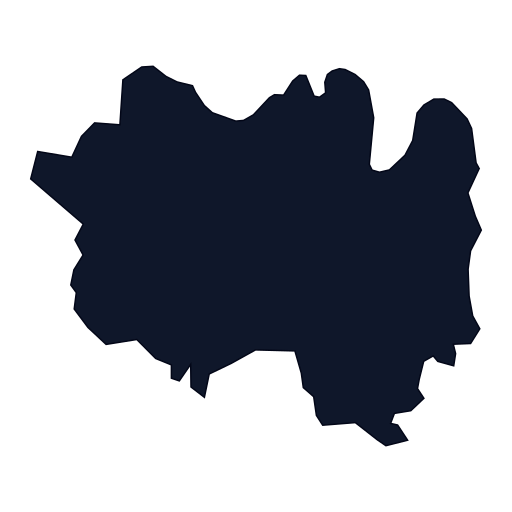 Chust, Namangan, Uzbekistan
{"feature_id": "79887680B74841511889074", "entity_name": "Chust", "entity_type": "district", "adm_level": 2, "iso_a3": "UZB", "parent_name": "Uzbekistan", "parent_adm1": "Namangan", "projection": "mercator", "projection_center": [71.199, 41.034], "detail": "fine", "context": "isolated", "style": "filled", "palette": "ink", "viewbox_px": 512, "rotation_deg": 0, "n_neighbors": 0, "source": "geoboundaries", "source_scale": "gbopen_adm2", "svg_char_len": 1353}
<svg xmlns="http://www.w3.org/2000/svg" viewBox="0 0 512 512"><path d="M407.6,440.2L397.6,425.0L390.6,423.4L394.4,413.4L410.8,410.7L423.9,398.3L417.5,388.6L419.2,379.4L423.7,361.3L433.2,355.9L437.8,361.4L453.7,365.8L455.6,353.6L453.3,344.2L470.6,343.5L479.8,328.8L472.7,315.9L469.1,296.0L468.1,269.2L470.6,250.8L481.3,230.1L475.3,216.2L467.9,192.9L479.2,168.5L479.1,168.4L476.1,162.9L471.6,128.5L467.1,118.9L451.7,102.7L444.2,99.0L433.8,99.1L423.9,105.0L417.1,113.0L412.7,140.5L405.0,155.2L389.4,169.9L379.5,172.2L372.1,170.1L369.3,164.3L373.7,117.8L368.6,89.9L363.6,81.7L355.1,74.5L345.1,69.5L339.4,68.7L332.1,71.0L327.4,74.5L324.8,82.2L325.6,92.8L319.5,97.2L314.1,96.1L305.8,75.5L299.5,75.2L292.7,81.0L283.6,95.1L274.4,94.7L269.4,97.7L253.4,114.8L243.6,120.4L235.8,121.1L212.3,112.7L204.3,105.5L195.5,92.3L192.5,85.7L177.0,81.9L166.0,76.4L153.1,66.3L141.7,67.0L122.9,79.8L119.9,124.8L94.6,122.9L81.5,136.3L71.8,157.2L37.7,151.5L30.7,178.9L83.3,224.1L75.0,240.0L83.1,255.0L73.9,269.8L70.8,285.0L76.3,292.6L74.2,309.0L88.0,327.5L106.1,344.4L136.8,339.5L155.7,358.5L171.4,364.9L171.4,378.2L179.3,380.9L190.7,364.3L191.0,387.0L204.4,397.3L209.2,374.0L231.2,363.4L255.5,349.9L294.9,350.9L301.3,373.1L303.3,387.6L313.7,396.7L316.4,415.4L322.7,425.2L355.3,422.6L377.3,439.8L385.9,445.7L407.6,440.2Z" fill="#0f172a" stroke="#020617" stroke-width="1.5"/></svg>